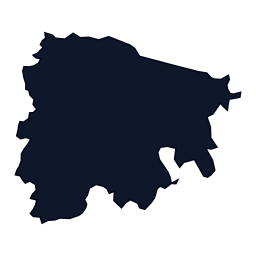 Tapera, Rio Grande do Sul, Brazil (Mercator projection)
{"feature_id": "56859067B74409680432324", "entity_name": "Tapera", "entity_type": "district", "adm_level": 2, "iso_a3": "BRA", "parent_name": "Brazil", "parent_adm1": "Rio Grande do Sul", "projection": "mercator", "projection_center": [-52.864, -28.665], "detail": "fine", "context": "isolated", "style": "filled", "palette": "ink", "viewbox_px": 256, "rotation_deg": 0, "n_neighbors": 0, "source": "geoboundaries", "source_scale": "gbopen_adm2", "svg_char_len": 1728}
<svg xmlns="http://www.w3.org/2000/svg" viewBox="0 0 256 256"><path d="M171.3,183.4L170.0,177.1L167.9,172.2L159.3,159.4L157.7,152.2L160.3,147.3L167.3,146.2L175.9,148.3L174.6,159.4L179.7,167.3L183.6,162.4L194.4,159.4L203.8,176.1L207.6,177.1L210.9,174.8L214.8,170.3L212.4,160.0L205.7,148.3L211.5,149.0L216.9,147.1L210.7,137.8L210.4,127.0L206.8,116.8L213.0,113.8L220.3,103.1L223.9,107.0L227.4,110.2L228.0,105.1L229.1,99.2L239.9,97.2L240.6,92.3L233.4,94.2L229.9,93.3L227.6,89.4L226.8,84.9L229.3,79.5L228.3,75.3L221.0,79.5L214.3,79.1L210.9,77.6L206.8,73.1L197.9,71.6L171.5,64.8L139.5,56.3L134.6,48.4L129.8,45.0L121.6,41.8L108.6,36.7L98.7,39.9L88.8,37.3L80.2,37.7L73.1,33.3L65.0,39.1L55.4,38.2L52.4,35.2L44.9,32.8L45.7,38.2L42.6,40.5L40.4,44.5L43.2,47.5L37.4,53.3L33.1,55.2L35.7,57.7L40.8,58.8L38.5,63.3L33.6,66.0L29.7,66.9L24.0,66.7L22.8,71.0L24.0,77.7L25.9,83.8L25.8,89.1L29.0,90.6L29.9,95.0L34.2,99.5L33.1,104.4L36.9,109.3L33.1,112.7L29.6,112.9L28.8,118.5L23.7,122.1L19.9,121.7L18.6,126.1L18.1,130.2L16.7,135.9L20.6,138.7L26.2,137.4L30.9,139.3L27.5,144.7L24.2,149.0L21.5,153.9L21.3,160.9L19.3,166.4L17.0,170.2L15.4,174.8L20.2,175.8L22.6,179.9L25.3,183.1L29.7,181.0L35.4,184.4L36.3,190.1L32.4,194.4L30.5,198.4L36.7,199.9L35.7,204.8L33.5,209.1L30.4,213.6L33.4,216.5L40.1,217.0L42.1,223.2L48.1,220.3L55.0,219.8L60.0,218.0L69.9,218.4L78.7,215.3L82.3,212.7L85.7,207.8L86.6,204.0L84.4,199.5L87.3,195.2L89.4,188.2L96.1,184.4L103.0,186.1L106.9,188.6L109.3,193.3L114.4,191.2L113.9,200.6L121.5,207.8L125.8,202.6L130.1,199.7L137.8,203.1L139.7,207.8L144.8,209.3L151.0,202.7L154.4,198.0L157.2,188.6L160.1,186.1L164.9,188.3L171.3,183.4ZM171.3,183.4L175.9,183.7L177.8,179.9L171.3,183.4Z" fill="#0f172a" stroke="#020617" stroke-width="1.5"/></svg>